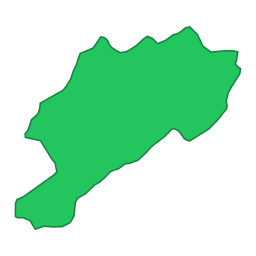 SVG path tracing the border of Afyonkarahisar
{"feature_id": "TUR-2272", "entity_name": "Afyonkarahisar", "entity_type": "Province", "adm_level": 1, "iso_a3": "TUR", "parent_name": "Turkey", "parent_adm1": "", "projection": "robinson", "projection_center": [30.622, 38.521], "detail": "fine", "context": "isolated", "style": "filled", "palette": "green", "viewbox_px": 256, "rotation_deg": 0, "n_neighbors": 0, "source": "natural_earth", "source_scale": "10m", "svg_char_len": 1293}
<svg xmlns="http://www.w3.org/2000/svg" viewBox="0 0 256 256"><path d="M40.2,103.2L62.9,90.3L66.1,86.5L70.5,79.4L73.5,70.5L76.4,64.9L78.1,58.9L80.2,53.5L93.2,48.0L100.8,36.8L104.6,37.7L107.7,40.5L109.4,44.8L111.9,47.7L113.7,48.8L115.5,50.1L120.3,52.7L125.4,51.9L129.3,50.2L136.5,45.5L143.4,39.1L147.3,36.2L152.8,38.6L157.5,43.7L165.5,40.4L173.3,34.7L177.6,33.7L181.4,31.2L185.2,28.0L189.7,26.8L197.4,34.5L202.9,46.2L211.0,52.1L225.1,50.7L233.6,50.9L237.8,51.9L236.4,60.8L235.8,62.5L235.3,64.2L238.6,67.4L240.6,68.6L239.7,73.9L231.4,87.0L228.1,93.2L226.4,100.3L226.6,103.0L227.1,105.6L226.7,108.6L217.2,120.5L208.9,128.9L189.6,141.0L186.9,140.2L184.4,138.8L179.5,132.0L177.5,130.3L175.3,129.1L172.7,128.7L170.5,130.5L165.1,136.1L151.5,146.6L144.8,154.0L137.8,160.3L129.5,163.4L127.1,163.5L124.8,164.0L118.6,168.8L114.4,169.9L110.4,171.6L105.0,177.4L99.3,182.3L95.0,184.7L85.1,194.0L77.7,198.1L75.4,202.3L73.9,216.1L70.3,222.5L62.4,226.6L53.9,227.0L44.1,226.2L35.2,229.2L30.3,221.0L29.0,220.1L27.5,219.7L24.5,218.2L23.0,217.7L18.0,217.7L15.4,216.7L15.5,203.1L17.2,199.3L20.7,198.0L24.2,196.2L53.7,175.1L56.8,171.8L55.1,162.9L52.2,159.6L40.5,140.7L25.4,137.4L25.1,133.7L27.7,130.7L29.8,125.2L31.3,119.9L38.0,113.8L39.7,108.7L40.2,103.2Z" fill="#22c55e" stroke="#15803d" stroke-width="1.5"/></svg>